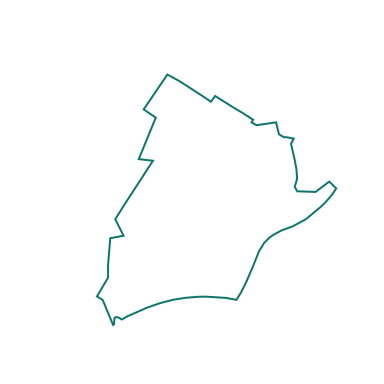 Delaware, Pennsylvania, United States of America, rotated 334°
{"feature_id": "52423323B13183182177213", "entity_name": "Delaware", "entity_type": "district", "adm_level": 2, "iso_a3": "USA", "parent_name": "United States of America", "parent_adm1": "Pennsylvania", "projection": "orthographic", "projection_center": [-75.397, 39.934], "detail": "fine", "context": "isolated", "style": "outline", "palette": "teal", "viewbox_px": 384, "rotation_deg": 334, "n_neighbors": 0, "source": "geoboundaries", "source_scale": "gbopen_adm2", "svg_char_len": 1047}
<svg xmlns="http://www.w3.org/2000/svg" viewBox="0 0 384 384"><g transform="rotate(334 192 192)"><path d="M278.6,153.8L271.6,142.3L267.5,136.2L254.9,115.9L248.6,119.1L243.3,110.0L229.2,86.7L221.3,75.6L213.2,80.3L184.8,96.6L192.0,109.3L158.6,139.1L170.6,146.8L125.8,173.7L111.1,182.8L111.3,201.3L98.3,197.7L84.9,220.2L79.0,232.2L60.8,244.2L64.4,249.8L62.8,276.9L63.6,276.7L64.0,276.7L66.7,271.8L68.1,270.9L70.4,272.1L71.5,273.4L72.9,275.8L73.0,275.8L79.4,275.4L100.1,276.2L100.5,276.2L114.7,277.9L127.4,280.5L127.9,280.6L139.9,284.3L151.9,289.0L152.0,289.0L152.6,289.3L154.3,290.1L158.5,292.1L176.0,302.0L184.7,308.4L192.4,303.5L201.4,296.6L214.1,285.7L225.9,274.9L234.5,269.4L242.1,266.8L247.0,266.1L250.2,266.0L256.2,265.8L267.3,267.0L282.3,266.4L301.1,261.8L306.8,260.0L316.3,256.0L323.2,252.0L319.9,242.8L303.1,246.1L286.9,237.5L286.6,232.4L292.1,226.4L295.7,217.8L298.7,206.8L302.1,192.1L306.8,188.6L301.3,184.4L298.4,182.9L295.5,178.2L298.1,166.2L279.3,160.3L276.0,155.5L278.6,153.8Z" fill="none" stroke="#0f766e" stroke-width="2"/></g></svg>